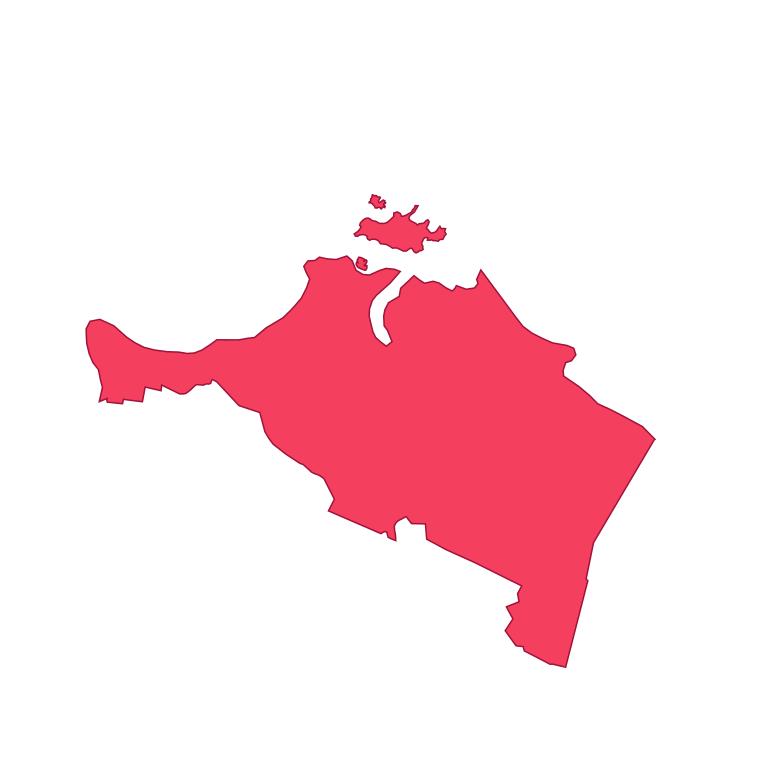 Manjung, Perak, Malaysia, rotated 117°
{"feature_id": "92858781B15023786189250", "entity_name": "Manjung", "entity_type": "district", "adm_level": 2, "iso_a3": "MYS", "parent_name": "Malaysia", "parent_adm1": "Perak", "projection": "orthographic", "projection_center": [100.622, 4.278], "detail": "fine", "context": "isolated", "style": "filled", "palette": "rose", "viewbox_px": 768, "rotation_deg": 117, "n_neighbors": 0, "source": "geoboundaries", "source_scale": "gbopen_adm2", "svg_char_len": 5609}
<svg xmlns="http://www.w3.org/2000/svg" viewBox="0 0 768 768"><g transform="rotate(117 384 384)"><path d="M430.4,125.3L311.1,117.9L310.3,117.4L304.6,134.4L304.0,160.7L304.0,170.5L304.6,184.6L300.9,195.6L297.8,209.1L295.4,227.5L290.5,230.6L282.5,231.8L278.2,227.5L270.9,226.3L266.0,231.2L266.6,238.5L270.9,252.6L271.5,264.3L271.5,275.3L269.6,286.4L264.1,298.0L254.3,317.6L238.4,349.5L248.8,348.9L251.9,345.8L257.4,347.0L262.3,353.8L263.5,364.2L266.6,364.2L270.2,365.4L270.2,372.8L269.0,380.8L270.2,386.9L275.8,393.6L275.1,400.4L273.9,406.5L281.3,409.0L291.1,412.6L299.1,410.2L309.5,416.9L317.4,416.9L323.6,415.1L332.2,410.2L334.6,405.3L342.6,396.1L349.3,399.1L348.1,405.9L346.3,412.6L342.6,417.5L337.7,421.8L330.3,428.0L323.6,431.0L315.0,432.3L308.3,431.0L291.1,424.3L276.4,420.6L277.0,426.7L280.1,434.7L285.0,439.6L293.5,446.4L296.0,452.5L295.4,460.5L288.6,468.4L286.8,475.2L294.8,483.1L298.4,491.7L300.3,499.1L305.2,501.5L308.9,507.7L315.6,508.9L319.9,504.0L324.2,497.9L333.4,496.6L345.0,496.6L353.0,498.5L359.8,500.3L370.8,504.0L387.3,514.4L401.4,520.5L405.1,526.1L410.6,533.4L413.7,539.5L420.5,553.0L427.8,556.7L436.4,561.6L442.5,567.1L446.2,573.3L448.7,581.2L453.6,591.7L457.9,603.9L460.3,614.3L460.3,624.8L459.1,634.6L454.8,651.1L455.4,666.5L461.6,674.4L466.5,674.4L470.1,674.4L475.7,671.4L483.0,667.1L491.0,660.3L497.1,653.0L500.8,645.0L509.4,638.2L514.9,633.3L529.0,629.7L522.6,624.1L524.3,623.6L525.8,622.3L520.3,608.0L516.0,609.2L509.5,591.2L495.2,595.4L491.2,579.6L485.9,581.6L485.6,561.5L483.9,558.3L482.4,556.3L479.9,555.0L477.1,553.7L472.6,552.2L469.8,551.0L468.6,548.2L467.0,544.5L464.5,542.2L463.5,539.9L462.0,538.7L458.8,539.2L457.8,538.7L458.0,533.9L469.1,503.3L465.8,481.7L480.6,468.4L484.9,461.6L487.9,455.6L491.1,439.2L492.9,422.9L492.4,419.4L495.4,408.6L495.4,405.1L494.9,402.1L494.9,399.3L495.6,394.5L509.2,375.9L522.3,375.9L518.7,318.7L517.0,317.9L515.2,316.4L514.7,314.2L517.2,312.2L518.7,310.7L518.7,307.6L518.2,302.4L512.7,305.6L510.2,307.7L506.2,310.2L502.7,310.4L499.6,309.4L492.1,304.1L495.9,296.1L489.8,283.6L502.9,275.5L503.4,253.2L501.9,221.5L501.6,189.7L501.4,169.6L510.2,169.8L516.7,164.8L527.0,173.8L534.8,162.5L548.8,164.0L557.3,147.5L554.8,140.7L558.1,137.9L558.3,108.8L557.1,106.8L553.9,93.6L466.7,113.1L466.0,115.4L430.5,125.2L430.4,125.3ZM222.2,396.7L220.6,399.2L217.6,399.7L218.6,402.0L219.6,403.0L219.1,404.3L218.1,405.8L220.9,406.3L223.7,406.6L225.7,407.6L228.0,410.2L228.0,411.2L227.5,413.0L226.7,414.2L226.2,416.3L226.0,417.0L222.9,417.0L221.4,417.0L218.8,417.5L217.8,419.6L219.9,420.9L221.6,421.1L222.9,421.9L223.7,423.2L225.2,425.4L227.2,426.5L226.5,428.5L226.5,430.8L226.5,434.1L225.7,436.6L223.7,437.4L221.9,437.2L216.8,434.9L214.8,434.9L212.5,434.6L209.7,434.6L210.9,437.2L213.2,436.9L216.8,437.7L218.6,437.7L222.1,440.0L223.7,441.0L225.5,442.8L226.7,444.5L224.7,446.8L224.7,448.9L224.7,450.4L227.2,452.9L230.3,451.4L234.1,452.7L236.9,453.7L239.2,455.0L241.0,457.0L241.8,458.8L243.0,461.1L242.8,463.4L242.8,465.7L243.5,467.5L243.8,469.5L243.3,470.5L243.3,473.3L244.6,475.4L247.4,477.1L251.2,478.2L253.7,477.7L254.5,475.6L258.3,476.1L260.6,476.9L263.9,478.7L265.2,476.6L264.4,474.6L262.1,473.3L261.1,471.5L260.1,470.0L259.8,468.0L260.1,465.7L261.6,465.4L262.4,463.9L262.4,461.9L260.6,460.8L259.6,458.8L258.8,456.3L259.1,453.5L260.6,450.9L259.8,448.6L258.8,446.1L258.6,444.0L258.6,441.5L259.1,438.2L257.8,435.9L257.0,434.4L256.8,430.5L256.8,427.0L255.3,424.4L253.2,423.4L251.7,422.6L250.4,420.9L251.4,419.1L252.5,417.3L252.7,415.0L250.9,413.5L249.4,413.0L248.1,411.2L246.3,410.2L245.1,411.2L243.3,412.2L242.5,413.5L242.0,414.2L240.0,414.5L238.2,414.5L236.2,414.5L234.6,413.5L233.9,411.2L236.2,410.7L234.9,408.1L233.9,407.1L234.1,405.8L233.1,403.5L232.3,401.5L232.3,400.5L229.8,399.7L229.0,398.2L228.3,397.2L224.7,397.2L222.2,396.7ZM229.1,465.8L228.5,465.6L227.7,465.5L227.0,465.4L226.4,464.9L226.5,464.3L226.5,463.4L225.4,463.5L225.0,463.8L224.7,464.3L224.7,464.7L224.7,465.4L224.5,465.8L223.4,466.0L223.0,465.8L222.9,465.1L222.5,464.8L222.0,464.9L221.6,464.9L221.5,465.2L221.5,466.0L221.3,466.3L220.7,466.4L220.3,466.6L220.6,467.1L220.5,468.0L220.5,468.3L221.0,468.6L221.7,468.9L222.1,469.2L222.9,469.5L223.7,469.8L224.3,470.2L224.5,470.8L224.2,471.5L223.7,471.8L223.1,471.9L222.5,472.0L221.7,472.0L220.3,471.9L219.8,471.8L219.3,472.0L219.3,472.4L219.4,472.9L219.7,473.3L220.0,473.8L220.1,474.7L220.1,475.4L219.8,475.8L219.6,476.3L219.7,476.8L220.2,477.2L220.7,477.7L220.7,478.4L220.6,479.0L220.5,479.6L220.7,480.2L221.2,480.0L221.9,480.0L222.5,479.7L223.3,479.6L223.9,479.6L224.5,479.8L225.1,479.9L225.6,479.8L226.0,479.5L226.3,479.2L226.9,479.1L227.5,479.1L227.8,479.4L228.0,479.6L228.7,479.8L229.2,479.7L229.1,478.8L228.5,478.0L228.7,477.2L228.7,476.6L228.7,476.0L229.0,475.6L229.3,475.0L229.4,474.3L229.7,473.6L229.9,473.0L230.3,472.5L231.1,471.8L230.4,470.0L229.8,470.1L229.6,469.8L229.3,469.4L229.1,469.0L228.8,468.5L228.7,467.8L228.7,467.4L228.9,466.9L229.3,466.7L229.3,466.3L229.1,465.8ZM291.6,454.8L291.5,453.6L291.2,452.4L290.4,451.8L288.6,451.9L287.9,452.1L287.2,452.5L286.3,452.9L286.2,453.3L286.5,453.9L286.8,454.2L287.6,454.9L286.9,455.6L286.1,455.3L285.7,455.1L284.8,454.7L284.2,454.7L283.1,454.7L281.9,455.3L281.6,455.9L281.6,456.6L282.0,457.0L282.7,457.1L283.5,457.0L283.7,457.4L283.2,457.9L282.4,458.0L281.8,458.2L281.6,458.7L281.7,459.5L281.7,460.2L281.8,461.8L282.4,463.9L282.8,464.1L283.6,464.0L284.5,464.0L285.3,464.2L286.1,464.0L286.8,463.6L287.0,463.0L287.6,462.4L287.6,462.9L287.6,463.6L288.3,463.6L289.1,463.5L289.8,463.3L290.7,462.4L291.9,460.2L291.9,457.1L291.6,454.8Z" fill="#f43f5e" stroke="#9f1239" stroke-width="1.5"/></g></svg>